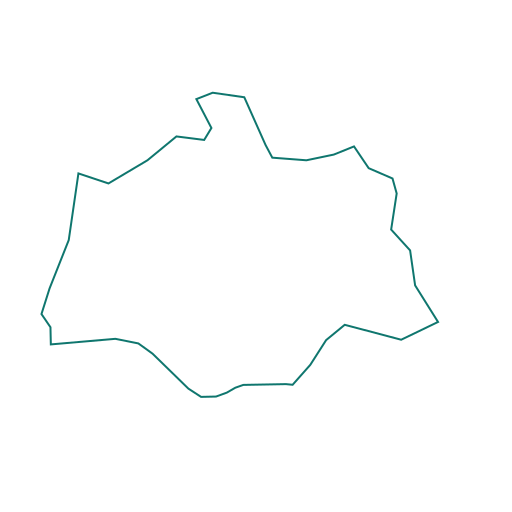 outline of Santa Catarina, rotated 285°
{"feature_id": "CPV-5046", "entity_name": "Santa Catarina", "entity_type": "state/province", "adm_level": 1, "iso_a3": "CPV", "parent_name": "Cabo Verde", "parent_adm1": "", "projection": "mercator", "projection_center": [-23.71, 15.076], "detail": "fine", "context": "isolated", "style": "outline", "palette": "teal", "viewbox_px": 512, "rotation_deg": 285, "n_neighbors": 0, "source": "natural_earth", "source_scale": "10m", "svg_char_len": 663}
<svg xmlns="http://www.w3.org/2000/svg" viewBox="0 0 512 512"><g transform="rotate(285 256 256)"><path d="M239.4,448.9L212.7,417.9L212.5,359.5L192.9,345.5L164.9,336.6L141.1,324.7L140.0,318.1L128.2,277.1L123.4,270.1L116.5,263.2L109.9,253.8L105.7,239.4L110.4,225.0L134.9,181.3L141.1,165.0L139.6,141.6L117.5,80.7L134.0,75.9L144.4,63.8L171.3,65.0L222.9,71.0L289.8,63.1L287.9,94.7L320.4,126.4L350.9,148.2L354.7,175.9L368.1,179.8L392.1,157.8L402.5,171.9L406.3,203.6L365.7,236.5L355.2,246.3L361.5,279.9L374.1,304.9L387.2,322.3L370.0,342.1L366.2,367.8L352.8,375.7L316.5,379.7L301.3,403.4L268.8,417.3L239.4,448.9Z" fill="none" stroke="#0f766e" stroke-width="2"/></g></svg>